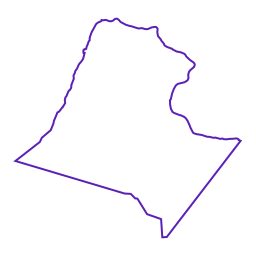 the district of Loudoun, Virginia, United States of America
{"feature_id": "52423323B61122994047391", "entity_name": "Loudoun", "entity_type": "district", "adm_level": 2, "iso_a3": "USA", "parent_name": "United States of America", "parent_adm1": "Virginia", "projection": "mercator", "projection_center": [-77.613, 39.085], "detail": "fine", "context": "isolated", "style": "outline", "palette": "violet", "viewbox_px": 256, "rotation_deg": 0, "n_neighbors": 0, "source": "geoboundaries", "source_scale": "gbopen_adm2", "svg_char_len": 2047}
<svg xmlns="http://www.w3.org/2000/svg" viewBox="0 0 256 256"><path d="M15.4,161.0L124.5,193.5L130.8,193.9L135.2,198.4L137.4,198.6L147.1,214.2L161.1,219.1L162.3,237.3L166.8,237.0L180.7,218.8L189.1,207.9L203.7,188.9L214.2,175.2L214.8,174.4L222.8,164.0L225.4,160.6L240.6,140.8L238.7,140.0L238.6,139.4L238.1,139.0L236.4,138.4L232.8,138.8L229.5,138.9L226.7,139.3L224.0,139.2L222.2,138.5L220.2,138.9L215.4,137.6L214.5,137.7L213.5,137.8L209.7,136.9L206.9,136.7L201.9,135.0L196.4,134.1L194.5,133.5L193.3,132.9L192.9,132.4L190.6,127.9L190.5,127.7L189.4,124.9L187.8,121.3L186.3,118.9L184.7,117.2L181.4,115.5L179.7,115.1L174.2,113.0L172.5,111.9L172.2,111.2L170.9,108.8L170.1,104.4L170.0,101.0L169.9,100.3L170.8,99.3L172.1,93.5L173.8,89.0L175.8,85.5L177.8,83.9L184.6,82.2L187.2,80.6L187.7,80.0L188.5,78.0L188.2,74.7L189.0,71.8L190.2,70.2L193.9,67.1L194.2,66.3L194.6,65.6L194.7,64.2L194.5,63.7L193.8,62.7L189.8,59.8L186.4,56.6L185.1,54.5L184.3,53.8L180.8,52.3L176.6,51.5L172.6,49.4L172.2,48.8L171.6,48.6L167.4,47.1L165.2,45.9L164.3,45.0L163.9,43.7L163.3,42.9L161.5,40.9L160.7,39.3L158.0,36.1L157.3,32.3L157.6,28.9L157.2,28.0L156.2,27.2L155.9,27.0L154.7,26.9L151.7,27.4L148.3,28.9L146.7,29.2L144.5,28.9L142.0,28.1L138.4,28.5L131.2,26.2L129.8,26.0L126.0,24.8L120.6,22.0L118.7,19.8L117.1,18.7L116.7,18.7L115.0,18.9L113.1,20.6L111.0,21.3L109.4,21.2L105.8,19.9L102.9,20.3L101.6,20.0L101.5,20.7L100.9,21.3L97.9,22.6L96.1,24.1L91.7,32.1L90.7,34.7L89.8,37.4L89.6,38.8L89.7,39.9L89.7,40.2L88.9,41.2L88.7,41.5L87.8,43.9L87.7,44.4L86.8,46.4L86.6,46.8L86.2,48.9L84.9,49.4L84.4,49.2L84.0,49.8L83.6,50.0L83.4,50.3L83.4,52.8L83.5,53.0L84.6,53.0L83.3,58.1L83.2,58.8L80.8,62.2L79.7,63.3L78.8,64.6L77.0,68.7L75.3,71.0L74.9,72.8L73.6,75.4L73.5,75.9L73.8,78.3L73.7,79.0L71.3,85.1L71.4,85.7L71.2,87.5L70.9,88.3L69.8,90.1L69.0,90.5L68.3,91.7L66.4,96.2L65.4,97.5L64.9,99.6L64.8,100.7L65.1,101.9L65.1,103.2L63.0,106.7L62.9,106.6L59.2,111.5L57.4,112.5L56.9,113.8L53.9,121.0L53.4,123.7L50.7,130.2L41.8,137.8L39.9,141.9L15.4,161.0Z" fill="none" stroke="#5b21b6" stroke-width="2"/></svg>